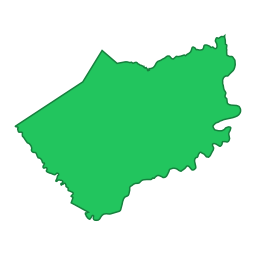 Allende, Nuevo León, Mexico (Robinson projection)
{"feature_id": "50627088B85815179056295", "entity_name": "Allende", "entity_type": "district", "adm_level": 2, "iso_a3": "MEX", "parent_name": "Mexico", "parent_adm1": "Nuevo León", "projection": "robinson", "projection_center": [-100.014, 25.299], "detail": "fine", "context": "isolated", "style": "filled", "palette": "green", "viewbox_px": 256, "rotation_deg": 0, "n_neighbors": 0, "source": "geoboundaries", "source_scale": "gbopen_adm2", "svg_char_len": 5745}
<svg xmlns="http://www.w3.org/2000/svg" viewBox="0 0 256 256"><path d="M71.2,202.8L88.4,212.2L86.2,213.1L85.6,212.9L85.4,213.1L85.4,213.9L85.6,214.6L86.0,215.0L86.3,216.1L87.1,217.1L87.5,217.8L88.9,218.9L89.7,219.2L90.1,218.9L91.3,217.2L92.0,215.8L92.4,215.5L92.8,215.4L93.2,215.5L93.5,215.8L93.6,216.2L93.3,218.2L93.5,218.9L93.8,219.5L94.5,220.0L95.0,220.2L96.3,220.3L98.1,220.1L99.5,219.1L100.0,218.4L100.6,217.3L101.2,216.4L102.0,215.4L103.1,214.5L104.2,214.0L106.5,213.7L107.9,213.9L109.8,214.0L110.8,213.8L119.2,211.3L120.3,210.5L120.7,209.6L122.2,203.9L122.6,201.7L123.6,198.8L124.7,197.2L125.8,196.6L127.5,195.9L128.3,195.2L128.9,193.9L129.7,190.2L129.7,187.5L130.4,186.3L131.5,185.8L133.5,184.2L135.4,183.4L137.6,183.3L139.0,183.0L139.8,182.4L140.4,181.6L142.0,180.3L143.4,179.8L146.8,179.5L150.9,179.5L151.8,179.0L152.6,178.1L153.0,178.0L153.8,178.3L154.3,178.2L155.1,177.2L156.3,176.2L156.9,175.8L157.6,175.5L159.0,175.5L161.8,176.7L163.0,177.5L164.0,177.5L165.1,177.2L165.6,176.9L166.5,176.1L167.4,174.6L168.8,171.7L169.2,170.6L169.3,169.9L170.1,169.1L173.0,168.2L174.3,168.2L176.4,168.7L178.0,169.7L178.9,170.4L180.4,171.1L181.3,171.1L182.3,170.2L183.4,169.6L185.2,168.1L186.6,166.3L187.5,165.9L188.5,166.2L189.4,166.9L191.2,169.1L192.0,169.9L193.1,170.0L194.3,169.5L195.3,168.5L195.8,167.9L195.7,166.3L194.5,161.0L194.9,158.9L195.9,157.6L197.2,157.3L197.8,156.6L198.1,155.3L198.5,154.3L199.7,152.6L200.5,152.2L201.2,152.4L201.4,152.7L202.9,153.5L204.2,154.2L206.4,156.8L208.6,157.2L210.2,155.6L212.3,151.5L213.2,150.0L213.6,148.5L213.5,147.5L212.6,145.9L212.5,144.5L213.1,143.7L214.0,143.5L215.0,143.7L216.1,144.1L218.3,145.4L219.5,146.2L220.4,146.2L221.4,145.3L222.1,143.9L222.2,143.1L222.2,142.4L222.7,141.7L225.0,141.6L227.1,142.0L227.9,141.7L228.6,141.1L229.1,140.2L229.6,138.6L229.1,136.0L228.9,135.4L228.7,133.8L228.9,132.9L229.3,131.8L230.0,130.7L230.5,129.1L230.8,127.9L230.3,127.2L229.6,127.0L228.4,126.9L225.9,127.8L225.2,128.4L224.8,129.0L224.2,129.6L222.8,130.3L221.9,130.7L220.8,130.8L218.6,130.8L215.5,130.1L214.6,129.7L214.1,128.9L213.6,128.1L213.2,127.2L213.0,126.2L213.3,125.4L215.5,123.2L216.8,122.6L217.6,122.4L218.6,122.0L220.1,121.0L221.7,120.5L223.5,119.7L226.4,119.0L232.9,117.6L235.5,116.7L237.3,115.9L238.8,114.7L239.6,113.6L240.2,112.6L240.5,111.7L240.6,110.0L240.4,108.9L239.6,107.3L239.1,106.6L238.7,106.3L236.6,105.5L231.1,105.1L229.5,104.7L228.4,104.2L227.5,103.3L227.2,102.5L226.8,98.9L226.5,98.4L225.7,97.8L225.2,97.1L225.0,96.2L225.2,95.1L225.7,93.7L225.8,93.0L225.6,92.3L224.1,89.8L223.7,88.5L223.2,85.3L222.8,84.2L222.6,83.1L222.7,82.2L222.6,80.7L222.7,79.8L223.4,78.0L223.9,77.3L224.6,76.7L225.3,76.2L226.1,76.0L227.5,76.0L228.1,75.7L229.9,73.7L233.2,70.5L234.1,69.0L234.6,67.6L235.1,65.4L235.2,64.3L235.0,61.8L235.0,61.1L234.8,60.1L232.8,57.2L232.4,56.8L231.8,56.5L229.7,56.5L229.0,56.3L227.5,55.5L226.8,54.9L226.6,51.1L226.8,49.9L226.5,48.9L226.5,48.0L226.8,45.6L226.7,45.0L226.4,44.7L225.6,44.3L225.4,43.7L225.3,40.3L224.9,38.4L224.6,37.0L224.7,35.7L224.4,36.0L223.4,36.7L223.1,36.7L221.9,36.5L221.2,36.6L219.1,38.0L218.2,38.4L217.2,37.8L216.9,37.8L216.5,37.9L216.1,38.5L215.6,39.8L215.4,40.6L215.4,41.1L215.6,41.6L216.8,43.9L217.1,46.5L216.6,47.9L216.1,48.4L215.8,48.6L215.1,48.6L214.4,48.4L213.2,47.3L212.6,47.0L211.5,47.4L210.7,47.4L210.0,46.5L209.2,46.0L206.9,45.1L206.2,45.0L205.0,45.0L204.6,45.2L204.1,45.6L203.4,48.3L202.8,49.2L202.4,49.6L200.8,50.0L199.5,50.1L197.0,49.5L196.4,49.7L196.1,49.6L195.3,48.4L194.9,47.9L193.4,47.1L192.8,47.1L192.3,47.4L192.1,47.7L191.3,50.4L190.7,51.6L190.4,52.1L188.9,53.4L187.3,54.2L185.5,55.7L184.2,55.0L181.0,56.1L178.5,56.6L176.3,56.4L173.3,59.0L172.1,58.8L171.0,57.9L170.1,56.8L169.3,56.1L168.2,56.0L167.4,56.1L166.5,56.6L164.5,58.2L162.8,59.0L160.7,60.3L158.1,61.3L157.7,61.5L156.7,62.5L156.2,63.2L155.0,65.5L154.3,66.5L153.5,67.3L152.7,67.9L151.8,68.2L150.4,68.6L149.1,68.6L149.3,70.1L148.9,70.1L148.8,70.3L148.4,70.4L148.1,70.7L147.7,70.6L147.5,70.2L147.8,69.7L146.1,67.6L145.4,68.1L144.8,67.7L144.6,67.7L143.7,67.0L143.6,66.7L143.8,66.4L142.8,66.2L141.4,65.4L140.1,65.1L138.9,64.2L138.3,64.1L137.2,62.9L136.5,62.4L135.3,62.4L133.0,63.3L131.4,62.2L130.0,62.6L127.1,61.9L125.1,61.9L117.1,63.4L102.1,50.5L82.8,81.9L15.5,126.1L15.4,126.4L15.6,126.6L17.4,127.0L17.9,127.3L18.1,127.6L18.1,128.0L17.7,128.7L17.7,129.3L18.4,131.6L18.7,132.0L19.4,132.2L21.2,132.1L22.0,132.4L22.4,132.8L22.3,134.3L22.4,136.0L22.6,136.4L23.6,137.3L25.7,140.5L27.3,142.7L28.0,143.1L28.8,143.4L29.7,144.1L30.3,144.8L31.0,145.9L31.5,147.2L31.7,148.0L31.7,149.0L31.4,149.8L31.5,150.6L31.9,151.3L32.5,151.9L33.0,152.2L33.6,152.4L35.0,152.5L35.4,152.6L35.9,153.0L36.3,153.5L37.3,156.2L38.2,157.8L39.6,158.1L40.2,158.4L40.8,158.9L41.9,160.4L42.2,161.7L42.5,162.4L42.9,162.9L43.5,163.1L44.1,163.0L44.4,163.4L44.4,163.7L44.3,164.2L43.5,165.4L43.2,166.1L43.0,167.0L43.2,167.6L43.8,168.1L44.5,168.0L45.5,167.6L46.4,167.7L46.9,168.2L47.1,169.5L46.4,170.5L46.5,171.3L47.3,172.0L49.8,173.1L51.2,173.4L52.9,174.2L54.4,174.7L55.1,174.6L55.8,174.1L56.4,173.5L57.2,173.1L57.9,173.3L58.3,173.6L58.6,174.0L58.6,174.4L58.6,174.8L57.6,175.9L57.4,176.5L57.0,178.4L55.9,180.7L55.9,181.1L56.2,181.3L56.8,181.3L57.7,180.4L58.3,180.1L58.8,180.0L59.6,180.0L60.4,180.3L61.3,180.3L62.3,180.8L62.7,181.3L62.8,182.2L62.4,182.9L61.3,183.3L60.9,183.8L60.9,184.3L61.1,184.8L61.3,185.0L62.0,184.4L62.6,184.4L62.9,184.3L63.5,183.8L64.6,183.2L65.1,183.4L65.3,183.5L65.6,184.2L65.9,184.9L66.0,185.5L66.0,186.4L66.1,186.6L68.0,187.9L68.2,188.3L68.1,190.2L68.4,190.6L69.4,190.9L71.9,192.0L73.0,192.7L73.2,193.3L73.1,193.6L73.0,194.0L72.0,195.1L71.2,196.0L71.1,196.3L71.3,196.5L71.6,196.7L72.0,196.7L72.5,197.0L72.8,197.2L72.9,197.5L72.8,198.2L71.2,202.8Z" fill="#22c55e" stroke="#15803d" stroke-width="1.5"/></svg>